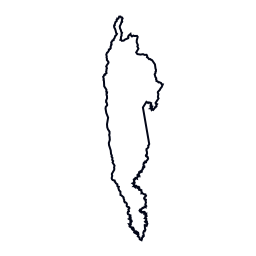 Mesetas, Meta, Colombia, rotated 7°
{"feature_id": "7082276B5195747171528", "entity_name": "Mesetas", "entity_type": "district", "adm_level": 2, "iso_a3": "COL", "parent_name": "Colombia", "parent_adm1": "Meta", "projection": "natural_earth1", "projection_center": [-74.101, 3.108], "detail": "fine", "context": "isolated", "style": "outline", "palette": "ink", "viewbox_px": 256, "rotation_deg": 7, "n_neighbors": 0, "source": "geoboundaries", "source_scale": "gbopen_adm2", "svg_char_len": 5981}
<svg xmlns="http://www.w3.org/2000/svg" viewBox="0 0 256 256"><g transform="rotate(7 128 128)"><path d="M141.9,56.9L140.5,57.1L139.7,56.2L138.2,55.4L138.4,54.4L137.5,53.1L135.4,53.4L133.9,52.9L131.5,53.6L128.3,53.5L126.9,52.0L128.7,48.0L127.3,45.8L127.7,45.0L127.6,44.3L126.2,41.9L126.0,39.8L126.5,36.4L125.7,35.5L123.2,35.9L122.0,35.6L121.1,36.5L120.6,36.6L119.2,35.1L119.0,34.4L117.3,36.3L117.0,37.6L117.4,38.4L117.2,38.9L114.3,40.5L113.1,41.8L111.2,42.2L110.5,41.5L109.7,41.4L110.1,40.3L109.9,38.5L110.4,37.2L110.1,35.5L110.5,34.2L109.6,33.4L108.9,31.5L108.0,30.2L107.4,28.1L108.4,25.2L108.5,23.8L109.1,23.6L109.3,23.1L108.7,21.6L109.3,19.9L108.7,19.1L107.8,19.2L107.0,18.3L105.7,18.5L105.1,20.6L104.6,20.9L104.0,20.8L104.0,21.7L103.5,22.0L103.7,23.4L102.6,24.4L102.3,26.5L102.0,27.2L102.3,27.7L101.7,28.4L102.2,30.1L102.9,30.9L103.8,32.7L104.7,35.2L105.6,35.9L104.8,37.6L104.2,38.0L103.6,40.6L102.9,41.8L103.0,42.6L101.9,43.0L101.4,44.4L101.0,44.8L100.9,45.4L101.3,46.2L101.1,47.0L101.5,47.3L100.8,49.2L101.1,50.6L100.9,50.7L100.7,51.7L99.5,52.4L99.7,52.8L99.4,53.8L98.6,55.4L98.0,55.8L97.5,57.8L98.2,59.7L98.1,60.6L98.7,61.9L98.7,63.0L100.4,64.6L100.7,65.6L100.4,65.9L100.3,66.5L99.2,68.5L98.9,69.7L99.3,70.0L99.8,71.5L99.5,72.0L99.6,74.0L99.4,74.5L100.0,76.1L98.9,77.0L98.9,77.7L98.4,77.6L98.0,78.0L97.5,79.7L97.1,80.2L98.0,82.3L97.8,83.3L98.2,83.6L98.5,84.9L99.3,89.5L101.9,92.6L102.0,94.7L102.9,95.0L102.9,96.0L102.5,96.6L102.7,97.9L103.2,98.7L103.6,101.2L102.9,103.3L103.2,103.9L103.0,104.8L103.8,105.6L104.5,107.4L104.5,108.1L103.4,109.6L103.3,111.3L104.6,115.7L107.0,120.1L106.7,126.8L107.3,129.8L108.3,131.8L110.1,133.9L110.4,136.2L110.1,137.1L110.8,138.9L111.4,142.0L110.8,145.2L111.3,147.4L113.6,152.4L114.3,155.7L115.3,157.3L115.2,158.5L116.2,159.5L116.2,161.5L117.3,162.6L116.9,164.1L119.2,166.9L119.0,169.0L119.3,169.7L119.4,171.2L117.6,175.4L117.7,176.3L118.2,177.3L117.9,179.7L118.4,180.9L119.2,181.5L121.2,181.8L121.4,182.9L122.0,183.2L122.7,184.3L124.3,185.2L124.5,186.9L125.1,187.4L126.0,187.5L125.8,188.9L126.8,191.0L128.2,192.0L128.7,195.4L129.5,195.6L131.9,197.2L132.2,197.7L132.2,198.6L132.9,199.5L133.2,201.3L133.9,202.2L134.5,202.0L135.7,202.8L136.2,203.7L136.1,204.9L136.3,205.7L137.1,206.3L138.4,206.4L139.1,207.2L139.1,207.7L138.3,208.7L139.1,210.6L138.2,211.1L138.0,212.3L138.5,213.5L141.0,214.4L140.5,215.5L141.4,216.0L141.5,216.4L140.5,216.4L140.7,217.8L140.1,218.2L140.7,218.5L141.7,218.3L141.9,219.0L142.7,219.3L143.1,220.2L142.6,221.0L141.8,220.8L141.9,221.9L142.6,223.0L142.5,223.4L140.8,223.4L141.6,224.5L141.5,225.5L141.9,225.8L142.6,225.6L143.1,226.3L144.3,226.2L144.2,227.6L144.6,228.0L144.9,227.7L144.8,226.6L145.4,226.5L146.2,227.9L146.0,229.0L147.2,229.7L146.9,230.9L148.2,231.5L149.0,230.3L149.3,230.6L149.0,231.2L149.1,231.7L149.8,232.2L150.1,232.1L150.2,231.6L149.6,230.1L150.8,230.7L151.4,232.8L150.9,234.3L152.7,235.2L153.2,237.0L155.1,237.7L155.4,236.3L155.2,235.5L156.6,233.6L156.0,233.3L156.7,232.4L156.0,230.5L156.0,229.6L156.5,228.0L157.0,227.7L157.3,228.0L157.6,227.2L157.6,226.5L157.1,225.7L156.4,222.3L156.7,222.1L157.4,222.8L157.9,222.5L158.4,222.8L158.9,220.6L158.4,219.9L157.4,219.6L158.2,218.8L158.1,218.5L156.7,218.4L157.3,217.6L157.2,215.9L155.8,215.6L156.4,214.8L156.5,214.5L156.1,214.3L156.2,213.9L157.2,213.1L156.8,212.5L156.7,211.8L156.4,212.3L156.1,211.5L155.7,211.9L155.2,210.2L154.5,210.8L154.2,209.3L152.3,209.5L152.2,209.8L152.4,210.2L152.1,210.3L151.5,210.1L151.2,209.2L150.4,209.5L149.5,208.6L150.0,207.4L150.3,207.3L150.6,207.6L151.8,206.3L152.1,205.5L152.9,205.5L153.6,205.0L153.9,204.1L155.2,204.5L155.1,203.7L155.6,203.2L154.5,201.7L154.9,199.7L154.4,198.5L154.5,197.0L153.9,196.7L153.2,196.9L152.5,195.7L152.9,194.7L154.0,193.5L154.1,192.9L153.6,192.8L153.3,191.8L152.5,191.9L150.0,191.0L149.3,191.2L149.3,190.7L149.8,190.4L148.8,188.9L148.9,188.1L148.2,187.8L147.6,188.1L146.5,188.0L146.4,187.6L146.9,187.4L146.6,186.4L146.0,187.0L145.8,186.6L145.2,186.4L146.0,185.7L145.8,185.1L145.5,185.1L145.3,185.6L144.6,185.3L144.4,185.7L143.9,185.1L143.5,185.9L143.6,185.4L143.2,185.3L143.3,184.9L142.8,184.4L142.2,185.1L142.5,185.3L142.4,185.9L141.6,185.4L142.0,184.9L141.7,184.1L141.6,184.9L140.8,185.0L141.3,184.3L140.0,182.8L140.4,182.8L140.7,182.2L141.0,182.5L141.3,181.4L141.1,181.1L141.0,181.6L140.0,181.8L140.6,181.1L140.4,180.5L140.6,180.1L140.0,178.4L140.4,178.0L140.6,178.4L141.2,178.2L141.5,176.7L142.9,177.1L142.6,176.4L143.2,176.0L143.4,174.9L143.9,174.8L143.3,174.5L143.1,173.5L143.4,173.3L144.0,173.7L143.9,173.1L144.5,173.2L144.1,172.6L144.7,171.6L144.5,171.0L145.4,170.6L145.1,170.3L145.5,170.2L145.6,169.6L146.4,169.9L147.0,169.7L146.9,169.1L147.4,169.2L146.7,168.7L147.0,168.4L147.5,168.7L147.0,168.1L147.7,167.0L147.5,166.4L149.0,164.8L148.9,164.2L148.0,164.3L148.3,163.6L147.8,162.5L147.9,161.1L148.2,161.0L148.2,160.4L148.7,160.3L148.9,159.8L149.2,160.2L150.1,159.8L150.2,158.4L151.0,157.5L151.7,156.1L151.2,154.6L150.7,154.6L150.3,153.8L149.4,153.8L149.1,153.3L149.3,152.5L149.9,151.9L149.8,151.5L150.0,150.9L149.5,148.7L149.1,148.3L148.9,146.7L149.8,145.9L150.6,144.4L150.2,143.0L150.6,142.6L151.0,141.3L140.3,105.8L143.0,100.0L143.4,100.4L144.0,100.3L144.6,100.6L144.7,100.2L145.5,100.4L145.6,100.1L146.7,100.1L147.9,100.5L147.7,101.6L148.0,101.9L147.6,103.1L147.8,104.0L148.1,103.4L148.3,103.8L148.7,103.5L148.8,104.5L149.3,104.3L149.2,104.7L148.3,104.7L148.7,105.4L148.2,105.8L148.9,105.8L149.1,105.4L149.1,106.0L148.8,106.2L149.2,107.1L149.5,106.7L149.9,106.7L149.9,106.1L150.4,106.5L150.3,107.7L152.1,104.9L152.3,104.1L152.9,104.0L153.1,103.3L153.6,103.0L153.3,101.8L153.9,100.8L152.5,100.3L152.3,99.7L154.7,94.9L153.9,93.6L154.0,90.5L153.3,89.4L153.3,88.5L155.1,86.0L155.3,85.0L156.4,83.3L157.2,80.5L156.1,80.5L155.3,79.3L153.3,78.7L152.7,79.0L151.8,78.2L150.5,77.9L150.4,76.9L149.9,76.3L150.0,75.2L149.0,74.1L147.9,71.4L148.6,70.0L148.4,68.9L148.8,68.3L148.6,66.6L148.1,65.8L147.0,61.6L143.7,57.8L142.3,57.4L141.9,56.9Z" fill="none" stroke="#020617" stroke-width="2"/></g></svg>